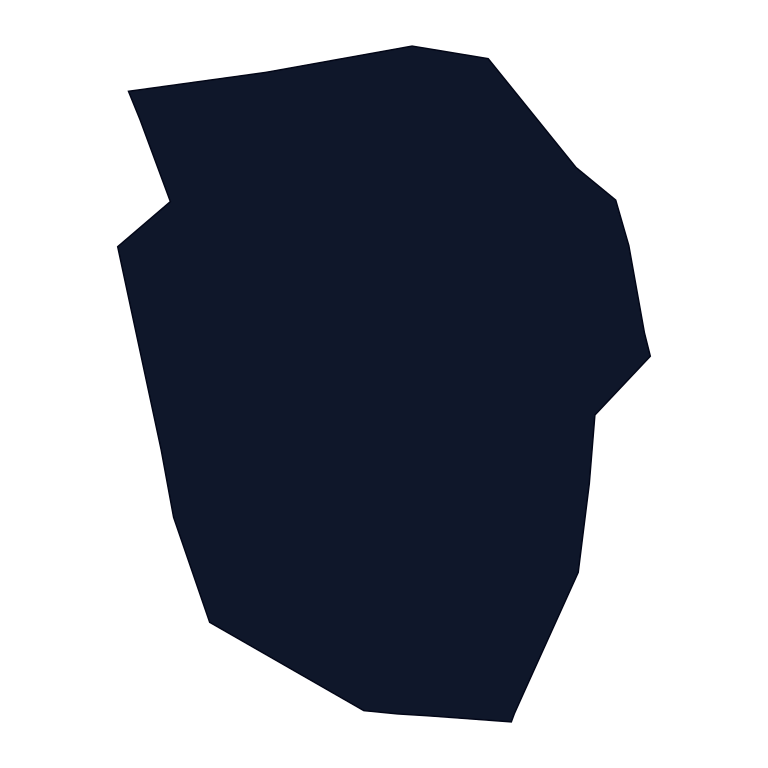 outline of Govi-Ugtaal, Dundgovi, Mongolia
{"feature_id": "93677404B40733241475211", "entity_name": "Govi-Ugtaal", "entity_type": "district", "adm_level": 2, "iso_a3": "MNG", "parent_name": "Mongolia", "parent_adm1": "Dundgovi", "projection": "mercator", "projection_center": [107.52, 45.999], "detail": "fine", "context": "isolated", "style": "filled", "palette": "ink", "viewbox_px": 768, "rotation_deg": 0, "n_neighbors": 0, "source": "geoboundaries", "source_scale": "gbopen_adm2", "svg_char_len": 428}
<svg xmlns="http://www.w3.org/2000/svg" viewBox="0 0 768 768"><path d="M650.3,356.2L644.4,332.7L628.8,245.5L615.7,200.1L576.0,167.5L488.2,58.7L412.1,46.1L265.8,72.4L128.5,91.3L140.0,119.5L170.4,201.6L117.7,246.7L161.2,449.9L173.6,517.3L209.7,622.3L363.8,710.6L397.5,713.9L427.0,715.7L511.3,721.9L514.4,713.5L523.7,692.8L578.2,572.4L589.3,483.5L594.9,415.0L650.3,356.2Z" fill="#0f172a" stroke="#020617" stroke-width="1.5"/></svg>